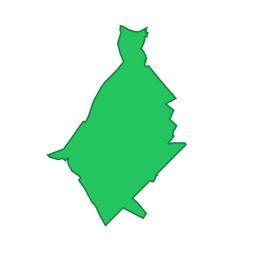 outline of Santiago Niltepec, Oaxaca, Mexico, rotated 123°
{"feature_id": "50627088B55269225316666", "entity_name": "Santiago Niltepec", "entity_type": "district", "adm_level": 2, "iso_a3": "MEX", "parent_name": "Mexico", "parent_adm1": "Oaxaca", "projection": "orthographic", "projection_center": [-94.638, 16.52], "detail": "fine", "context": "isolated", "style": "filled", "palette": "green", "viewbox_px": 256, "rotation_deg": 123, "n_neighbors": 0, "source": "geoboundaries", "source_scale": "gbopen_adm2", "svg_char_len": 5064}
<svg xmlns="http://www.w3.org/2000/svg" viewBox="0 0 256 256"><g transform="rotate(123 128 128)"><path d="M218.1,101.2L222.0,93.8L213.7,92.1L197.7,88.7L196.8,79.6L195.4,66.0L189.7,66.3L185.8,78.2L184.5,86.0L169.8,83.0L160.6,81.0L160.6,80.8L160.5,80.6L160.3,80.4L160.0,80.1L159.9,79.6L159.7,79.3L159.7,79.0L159.6,78.7L159.6,78.3L159.5,78.2L159.3,78.0L159.2,77.8L159.1,77.5L158.5,77.7L158.4,77.6L158.1,77.5L157.9,77.5L157.7,77.5L157.5,77.4L157.2,77.4L156.8,77.5L156.6,77.6L156.3,77.7L156.0,78.0L155.7,78.0L155.5,77.9L155.3,77.9L155.1,77.9L154.9,77.9L154.6,77.9L154.5,78.0L154.2,78.1L153.8,78.2L153.5,78.2L153.3,78.3L153.1,78.3L152.9,78.2L152.7,78.1L152.4,78.0L152.3,77.9L152.2,77.8L151.8,77.7L151.7,77.7L151.6,77.8L151.5,78.0L151.4,78.4L151.4,78.5L151.3,78.9L120.5,72.5L112.9,70.9L110.5,70.3L110.3,70.5L110.0,70.9L109.8,71.4L109.6,72.1L110.4,73.4L110.9,74.3L111.2,75.1L111.4,75.3L111.7,75.5L112.3,75.7L112.4,75.8L112.4,76.1L112.5,76.5L113.1,77.4L113.3,77.7L114.0,78.9L114.5,79.9L116.9,83.3L117.2,83.4L117.5,83.4L117.5,83.5L117.7,83.8L118.0,84.1L118.5,84.3L118.8,84.4L119.0,84.7L119.1,85.0L119.2,85.9L109.8,85.1L109.9,86.5L108.1,87.2L106.7,87.8L106.3,88.1L106.1,88.3L105.9,88.5L105.7,88.6L105.5,88.4L105.0,88.3L104.7,88.3L104.3,88.1L102.7,88.1L101.7,88.3L101.4,88.3L101.0,88.5L100.7,88.5L100.6,88.4L100.2,88.3L99.5,88.7L97.9,97.9L88.2,99.3L88.0,101.8L88.0,102.0L87.7,104.9L87.7,105.0L87.4,107.1L87.2,109.7L84.6,108.2L83.4,107.5L81.9,106.7L81.7,106.1L81.2,106.1L80.7,105.9L80.3,105.8L79.7,105.9L79.6,105.4L78.7,104.9L77.0,104.0L76.6,105.6L76.1,107.2L75.8,108.3L75.7,108.4L75.5,109.4L75.2,110.3L74.8,112.0L74.4,113.4L74.0,114.4L73.9,114.6L73.8,115.3L73.1,117.8L72.9,118.5L72.8,119.0L72.2,120.8L71.9,121.8L71.8,122.4L71.6,123.0L71.3,123.9L71.0,124.8L70.9,125.5L70.2,127.7L69.9,128.6L69.8,128.9L69.7,129.0L69.6,129.5L69.3,130.2L69.3,130.3L69.2,130.6L69.0,131.3L68.6,132.8L68.1,134.3L68.0,134.6L67.9,134.8L67.6,135.7L67.1,137.3L66.8,138.1L66.6,138.8L66.4,139.5L66.1,140.3L65.4,142.6L64.9,143.9L64.8,144.4L65.0,144.8L65.3,145.0L66.0,145.6L66.3,145.9L66.5,146.4L66.6,146.9L66.6,147.4L66.3,148.1L65.6,148.5L65.4,148.7L65.0,149.0L64.8,149.2L63.7,149.1L63.2,149.2L62.6,149.4L62.3,149.5L62.3,150.0L62.3,150.8L61.6,150.4L61.1,150.2L60.4,150.1L59.7,150.2L59.5,150.4L59.1,150.8L58.8,151.5L58.4,152.0L58.2,152.2L57.9,152.4L57.5,152.8L57.2,153.5L57.0,154.2L56.7,154.6L56.2,155.1L55.8,155.8L55.4,156.5L55.2,157.1L55.1,157.9L55.1,158.2L54.8,158.9L54.6,159.1L54.6,159.7L54.6,160.2L54.3,160.4L54.0,160.1L53.7,160.1L53.3,160.4L53.0,160.4L52.4,160.4L52.1,160.4L51.6,160.5L51.3,160.6L51.0,160.7L50.7,160.8L50.4,160.7L50.0,160.8L49.6,160.8L49.3,160.7L48.9,160.8L48.3,161.1L48.0,161.1L47.6,161.1L47.3,161.3L47.0,161.7L46.7,162.0L46.1,162.0L45.6,161.9L44.9,161.7L44.6,162.1L44.4,162.4L44.2,162.7L43.9,163.1L43.4,163.5L42.9,163.7L42.6,163.8L42.4,163.5L42.3,163.1L42.1,162.9L41.8,162.8L41.0,162.9L40.9,162.4L40.9,161.9L40.7,162.0L40.6,162.7L40.5,162.9L40.3,163.0L40.0,163.0L39.2,162.8L38.9,163.0L38.6,163.6L38.4,163.5L38.1,163.0L37.8,162.9L37.5,163.0L37.4,163.3L37.7,163.7L37.7,164.1L37.7,164.7L37.7,165.0L37.7,165.6L37.8,166.0L37.6,166.2L37.2,165.9L36.8,165.7L36.5,165.5L36.2,165.6L36.0,165.9L36.2,166.4L36.3,166.8L36.1,166.9L35.9,166.8L35.6,166.8L35.3,166.9L35.0,167.0L34.7,167.0L34.4,166.9L34.0,166.9L41.5,171.3L41.7,171.7L43.8,175.2L44.1,176.8L44.3,177.8L44.4,178.2L44.5,178.5L44.7,179.1L44.7,179.8L45.0,180.3L45.3,180.7L45.5,181.2L45.5,181.8L45.4,182.4L45.3,183.0L45.3,183.6L45.4,184.1L45.6,184.7L45.6,185.4L45.6,186.0L45.6,186.8L45.7,187.6L45.8,188.2L46.0,188.9L46.4,189.7L46.4,190.0L47.9,189.1L48.3,188.9L50.5,187.8L51.3,186.0L62.7,182.7L64.2,181.0L64.4,180.9L70.1,174.5L72.0,171.7L74.7,167.8L84.9,168.7L102.2,172.3L108.2,172.7L114.8,172.2L122.6,171.6L123.8,171.6L129.2,170.2L135.4,168.6L140.0,167.4L142.8,167.2L146.4,166.9L146.8,169.1L170.3,170.0L180.8,170.5L187.6,175.6L194.4,180.7L194.7,179.3L194.8,178.7L195.0,177.7L194.4,177.7L194.5,177.3L194.5,177.0L194.6,176.7L194.6,176.4L194.6,176.2L194.5,175.7L194.4,175.6L194.3,175.2L193.9,174.0L193.7,173.6L193.6,173.1L193.4,172.6L193.2,172.0L193.0,171.3L192.7,170.2L192.3,169.1L192.2,168.8L191.0,168.0L190.9,168.0L190.6,167.7L190.1,167.3L189.8,167.0L189.2,165.5L188.9,165.5L189.6,162.6L186.4,162.5L186.4,162.4L186.2,161.8L186.1,161.6L187.0,160.8L187.5,160.9L187.6,161.0L188.4,160.4L189.2,159.8L189.5,159.5L189.8,159.4L190.4,158.9L191.2,157.7L191.4,157.3L192.2,155.9L192.9,154.6L193.1,154.2L193.6,153.1L193.8,152.8L193.9,152.7L194.0,152.5L194.1,152.3L194.1,152.2L194.4,152.0L194.5,151.9L194.6,151.7L194.7,151.3L194.7,151.2L194.8,151.0L194.8,150.8L194.7,150.7L194.6,149.7L194.5,149.2L194.5,148.7L194.6,147.8L194.7,147.3L194.8,146.6L194.8,146.3L194.7,145.5L194.8,145.0L194.8,143.9L195.0,143.1L194.8,142.6L194.9,141.4L195.6,141.0L196.0,140.5L196.5,140.6L197.1,140.8L197.4,140.8L198.0,140.9L198.7,140.7L199.4,138.6L199.6,138.1L200.7,135.1L202.1,131.7L203.6,128.9L204.7,126.9L207.9,121.3L210.0,117.4L210.3,114.7L211.8,111.8L211.9,110.8L212.9,109.7L213.7,108.8L216.9,103.5L218.1,101.2Z" fill="#22c55e" stroke="#15803d" stroke-width="1.5"/></g></svg>